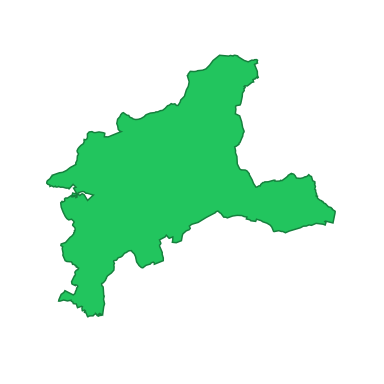 outline of Bistrita, Bistrita-Nasaud, Romania, rotated 11°
{"feature_id": "2599482B91510163200898", "entity_name": "Bistrita", "entity_type": "district", "adm_level": 2, "iso_a3": "ROU", "parent_name": "Romania", "parent_adm1": "Bistrita-Nasaud", "projection": "albers", "projection_center": [24.486, 47.14], "detail": "fine", "context": "isolated", "style": "filled", "palette": "green", "viewbox_px": 384, "rotation_deg": 11, "n_neighbors": 0, "source": "geoboundaries", "source_scale": "gbopen_adm2", "svg_char_len": 5943}
<svg xmlns="http://www.w3.org/2000/svg" viewBox="0 0 384 384"><g transform="rotate(11 192 192)"><path d="M279.5,215.0L280.1,215.2L284.6,213.4L287.3,213.7L288.6,213.4L291.5,214.2L294.9,211.8L305.4,206.3L307.8,204.3L310.7,203.6L313.1,202.0L315.7,201.9L319.8,199.1L326.8,198.6L329.0,199.0L329.3,196.5L328.0,195.6L328.6,195.1L336.3,195.5L336.4,185.4L336.2,183.6L332.9,182.2L332.9,181.7L331.3,180.7L328.6,180.5L325.3,178.0L323.8,177.8L322.1,176.3L321.6,176.6L320.7,175.8L319.1,175.6L316.6,174.3L316.1,173.6L316.0,172.3L315.1,172.4L315.3,171.9L314.6,171.6L314.8,170.4L313.4,168.3L313.0,166.4L311.9,165.8L312.1,162.9L311.1,161.7L311.1,160.7L310.8,160.6L311.0,160.0L310.5,159.3L310.8,158.9L310.6,158.5L308.3,157.9L306.3,154.0L305.2,153.9L303.3,152.7L302.2,154.4L300.7,155.5L300.2,155.4L298.1,157.0L295.6,158.0L291.8,158.4L290.4,156.6L288.5,155.1L286.7,154.9L286.1,155.3L285.8,154.9L283.1,157.4L283.1,158.0L281.5,160.0L278.1,163.7L276.8,163.6L276.1,164.5L272.8,165.3L271.3,165.4L271.1,164.6L270.1,164.8L264.7,167.5L261.5,168.2L260.9,168.9L259.8,169.2L258.0,171.5L257.9,172.9L256.7,173.1L254.8,174.7L253.8,175.0L250.7,171.8L248.8,168.7L244.9,164.0L244.7,163.1L241.9,160.8L240.1,160.3L236.1,160.9L234.4,160.2L231.1,155.8L229.3,148.6L227.2,145.3L226.8,142.8L225.3,139.5L226.7,138.6L229.0,136.2L228.8,135.2L229.6,134.4L230.9,128.2L231.1,128.0L231.0,124.7L231.6,123.1L231.5,122.3L229.4,119.0L227.3,113.5L224.3,108.2L219.6,106.9L219.3,102.4L218.5,100.2L218.9,98.8L222.6,97.4L223.0,95.6L223.1,88.7L222.7,85.2L223.9,82.5L223.2,80.5L223.9,80.0L224.2,79.1L223.0,78.4L223.5,77.7L226.1,77.3L229.9,72.9L231.5,72.2L230.4,70.0L232.5,68.8L232.4,68.4L233.2,67.9L233.7,66.9L234.5,67.6L235.2,66.9L234.0,65.0L233.1,61.1L229.0,54.8L231.7,52.9L231.1,52.1L231.2,50.2L230.2,49.7L228.1,50.2L227.2,51.0L225.6,51.1L222.3,53.5L218.1,52.9L211.5,50.4L210.9,49.7L209.3,49.6L207.8,49.6L206.4,50.3L206.3,50.7L203.7,50.6L202.1,51.6L193.0,52.5L187.6,58.9L185.2,64.0L182.2,68.5L179.2,70.4L174.5,71.8L173.2,72.7L171.0,73.4L167.3,73.9L165.7,77.1L165.8,78.0L165.2,78.6L168.2,84.3L168.2,89.0L167.0,92.8L166.3,99.5L163.4,103.8L163.2,106.1L161.8,109.7L160.2,110.0L158.4,108.7L156.3,109.5L154.7,109.2L153.3,111.0L151.5,112.0L149.7,115.0L147.5,117.5L145.4,118.2L143.1,119.9L141.2,120.3L140.4,121.1L136.0,122.5L132.2,124.9L131.2,126.2L131.1,126.8L127.9,129.6L125.4,130.9L122.9,131.6L120.4,131.6L119.5,131.0L116.6,130.4L115.3,128.9L113.4,129.0L109.5,127.2L108.4,127.9L107.3,129.8L106.9,131.8L105.1,134.7L105.1,139.2L106.4,141.2L107.7,144.7L109.5,145.9L111.0,146.2L99.2,153.9L95.4,154.5L95.2,151.0L93.6,150.7L89.3,150.8L85.9,152.1L84.3,152.4L82.3,151.8L79.6,152.7L78.2,155.0L78.9,158.0L78.8,159.7L77.6,161.1L76.1,161.0L76.1,161.8L76.6,163.4L76.0,165.5L74.1,167.4L72.8,169.4L71.9,171.1L71.4,173.0L71.3,173.5L71.9,174.8L73.3,176.2L73.1,177.4L72.6,178.4L73.1,182.7L72.3,185.8L72.8,187.1L67.9,191.1L64.7,194.8L61.2,197.4L58.2,198.4L51.5,202.3L51.6,202.9L51.0,203.6L50.1,206.0L47.9,208.5L47.6,209.8L47.7,211.0L48.9,211.9L51.2,212.3L51.5,213.6L53.0,212.7L55.3,213.4L56.8,212.4L57.6,213.1L59.4,212.6L59.9,212.0L61.9,212.4L64.2,211.9L67.7,212.2L69.9,211.8L70.7,212.4L73.8,207.2L77.2,209.4L75.0,210.8L78.9,215.3L77.4,215.9L75.1,215.8L75.0,217.9L74.7,218.3L75.2,218.7L78.9,217.4L79.4,216.0L80.9,214.2L81.2,214.5L82.2,213.4L84.4,212.4L86.1,212.3L88.0,213.5L89.5,213.2L95.8,213.8L91.1,220.2L86.8,215.4L84.9,214.7L83.9,215.1L82.6,216.9L81.5,216.2L80.8,216.5L80.4,216.2L79.6,217.3L79.7,218.6L80.1,218.8L79.1,219.7L78.8,219.2L77.7,218.6L76.4,219.0L76.1,219.5L74.6,219.6L74.1,218.6L70.6,222.0L69.5,221.8L68.7,222.3L68.2,223.2L68.8,224.7L68.6,225.3L66.8,226.6L66.2,226.0L65.2,227.7L66.5,231.8L69.4,236.4L72.3,240.2L74.3,242.0L76.3,242.9L79.0,241.7L81.5,243.3L82.0,244.2L81.1,246.6L81.2,247.5L83.8,249.3L84.4,250.6L84.5,251.9L83.9,252.6L84.4,253.5L83.7,254.7L83.9,255.6L82.3,258.4L81.0,259.7L77.5,265.7L73.5,268.0L73.5,269.6L75.4,270.2L75.4,272.4L77.2,276.8L77.3,278.7L80.6,283.6L82.4,284.1L86.9,283.6L87.6,284.1L88.5,285.7L88.9,285.4L91.8,286.3L91.7,286.7L93.1,287.2L92.9,287.7L95.2,288.4L94.8,289.9L93.5,290.8L92.5,292.5L92.4,293.5L93.3,295.1L92.8,297.0L92.5,297.0L90.9,303.0L91.6,304.9L92.0,305.3L95.2,306.1L95.2,305.4L96.5,305.3L97.7,306.1L97.9,306.9L97.1,308.4L97.2,310.0L96.6,311.9L96.5,314.0L95.1,315.7L86.1,313.1L85.5,314.9L83.1,317.5L81.9,323.2L81.9,324.5L83.2,324.3L86.7,322.5L90.5,322.7L93.9,321.3L94.1,322.0L96.1,322.9L96.8,324.2L99.8,324.0L101.7,327.4L105.3,325.3L106.3,325.5L106.1,326.9L106.9,329.4L107.4,329.5L109.0,328.4L110.1,329.0L110.2,329.4L109.5,329.8L109.4,330.6L111.2,331.0L112.9,333.8L113.6,334.4L115.0,333.2L118.6,332.4L118.9,331.6L120.4,330.3L120.4,329.6L121.6,330.2L122.3,331.3L123.6,331.7L124.2,331.6L124.6,330.8L123.5,330.0L124.5,328.8L125.2,329.0L125.8,330.6L126.5,330.4L126.7,329.4L127.7,329.8L127.2,321.3L127.5,318.5L125.6,314.1L125.7,310.9L125.2,310.8L123.1,302.8L122.6,301.8L121.3,301.1L120.8,299.1L122.3,297.9L123.9,295.1L124.0,294.0L124.4,293.2L124.3,292.5L125.0,290.5L128.3,286.9L130.2,283.6L129.8,280.3L129.1,278.4L129.5,277.0L128.3,275.4L128.4,274.3L130.9,273.3L132.1,270.6L134.5,269.4L135.8,268.1L137.4,265.0L139.1,263.9L141.1,261.8L143.8,261.1L144.5,262.0L147.1,263.7L148.9,266.2L151.0,271.2L154.1,274.3L156.7,275.8L158.2,275.8L160.9,272.7L164.8,270.7L165.6,269.3L167.3,268.2L168.4,268.6L168.8,270.1L176.9,264.9L176.4,262.2L174.6,258.8L174.3,257.0L170.6,251.5L170.3,250.3L171.1,249.0L171.2,248.2L169.2,245.2L174.2,241.2L175.0,239.3L178.4,241.8L181.7,239.8L182.2,242.1L182.3,245.1L186.2,244.8L190.9,241.8L190.8,236.9L191.0,234.9L193.8,231.2L196.5,229.5L197.2,228.1L195.9,225.9L198.0,223.7L203.8,220.7L210.9,214.2L218.9,207.8L218.9,207.3L220.5,206.0L221.5,205.9L223.0,207.0L224.4,207.4L227.9,210.6L230.1,210.3L231.6,210.7L236.5,207.8L240.8,206.3L245.4,205.6L247.8,206.2L250.7,206.1L250.5,208.1L254.0,208.2L255.2,209.0L260.1,208.7L260.5,206.4L265.3,206.9L267.1,207.7L271.5,208.3L275.1,209.6L277.1,211.3L279.5,215.0Z" fill="#22c55e" stroke="#15803d" stroke-width="1.5"/></g></svg>